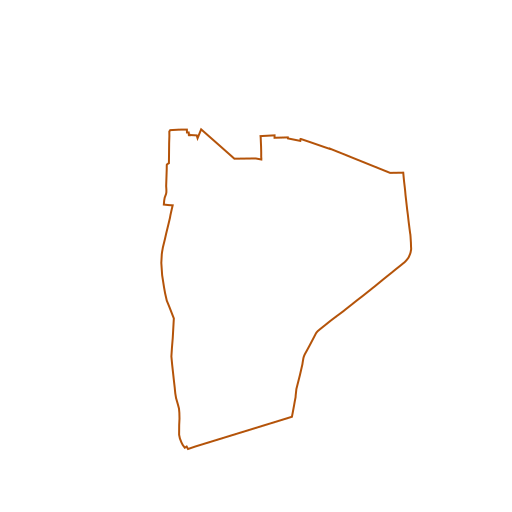 outline of San Gregorio Atzompa, Puebla, Mexico, rotated 325°
{"feature_id": "50627088B24169685204164", "entity_name": "San Gregorio Atzompa", "entity_type": "district", "adm_level": 2, "iso_a3": "MEX", "parent_name": "Mexico", "parent_adm1": "Puebla", "projection": "albers", "projection_center": [-98.344, 19.013], "detail": "fine", "context": "isolated", "style": "outline", "palette": "amber", "viewbox_px": 512, "rotation_deg": 325, "n_neighbors": 0, "source": "geoboundaries", "source_scale": "gbopen_adm2", "svg_char_len": 2509}
<svg xmlns="http://www.w3.org/2000/svg" viewBox="0 0 512 512"><g transform="rotate(325 256 256)"><path d="M256.4,104.3L253.8,108.1L249.6,113.7L241.8,124.6L237.9,130.0L236.4,129.9L235.4,130.0L234.8,130.7L232.5,133.9L222.5,147.2L220.8,150.0L219.2,152.3L217.9,153.6L214.7,155.8L212.7,157.8L210.0,161.0L211.6,162.4L213.9,164.4L215.8,165.9L216.8,166.7L214.0,169.2L211.9,171.1L209.5,173.3L207.4,175.4L202.9,179.4L195.5,185.9L191.0,190.0L184.7,195.5L181.3,198.9L180.5,199.8L180.0,200.3L174.5,207.3L168.1,217.9L162.8,228.7L160.2,234.3L157.3,241.4L156.2,246.4L155.7,248.5L153.7,256.7L152.9,260.0L140.7,275.5L134.8,282.6L129.1,289.7L125.0,296.9L117.0,311.5L113.7,317.6L113.4,318.1L111.1,322.2L108.9,326.8L108.8,327.2L106.8,333.0L105.4,336.8L103.2,340.6L100.0,345.4L96.2,350.3L90.5,358.3L89.0,361.8L88.0,365.9L87.6,368.8L87.7,372.2L89.9,372.3L89.6,375.1L97.2,377.3L193.2,408.3L195.9,405.7L200.8,400.9L201.3,400.4L204.5,397.2L207.4,394.4L208.5,393.0L210.7,390.5L212.8,388.1L223.6,378.8L231.8,371.4L233.9,369.2L235.4,367.7L235.9,367.2L236.3,366.8L236.8,366.4L237.4,365.9L238.3,365.3L239.4,364.6L239.8,364.4L241.0,363.8L243.3,362.7L247.9,360.4L255.1,356.7L260.1,354.1L260.8,353.7L261.5,353.5L261.9,353.3L262.4,353.2L262.9,353.1L263.6,352.9L264.2,352.9L266.1,352.7L269.4,352.5L270.8,352.4L271.0,352.4L279.9,351.8L288.4,351.5L289.3,351.5L289.5,351.5L296.3,351.3L298.8,351.1L302.4,350.9L310.6,350.4L314.1,350.2L321.1,349.9L330.7,349.3L333.6,349.1L333.8,349.1L335.8,349.0L337.0,348.9L346.0,348.2L349.0,348.0L351.8,347.8L356.8,347.5L363.5,347.0L365.4,346.9L368.7,346.7L371.5,346.5L372.7,346.4L373.6,346.4L374.9,346.2L376.3,345.9L377.8,345.5L379.1,345.1L380.2,344.7L381.0,344.2L382.3,343.4L383.4,342.7L384.7,341.7L385.4,341.0L386.2,340.2L386.5,340.0L387.5,338.7L388.2,337.5L390.5,334.0L393.8,328.6L394.6,327.2L394.8,326.9L394.9,326.6L395.7,325.0L396.9,322.7L397.2,322.1L401.0,314.9L404.0,309.4L405.2,307.1L406.5,304.6L410.8,296.7L413.4,291.9L415.7,287.9L417.4,284.8L420.2,279.6L421.1,278.0L424.4,272.2L424.1,272.0L413.5,264.8L378.1,210.4L377.9,210.6L374.5,206.0L370.6,200.6L365.9,194.1L359.8,185.8L359.6,185.7L358.3,187.1L349.6,178.0L350.1,177.1L339.0,169.8L340.4,167.8L328.5,160.4L327.7,161.8L325.7,164.9L322.9,169.3L319.7,174.1L317.1,177.8L316.3,179.2L315.7,180.0L311.7,175.9L294.1,163.9L289.2,143.4L283.7,120.8L275.7,126.0L276.6,123.2L271.8,119.4L271.4,119.4L270.5,118.7L270.9,118.2L270.6,118.0L271.7,116.2L270.3,115.2L271.9,112.8L265.5,108.4L257.9,103.7L256.4,104.3Z" fill="none" stroke="#b45309" stroke-width="2"/></g></svg>